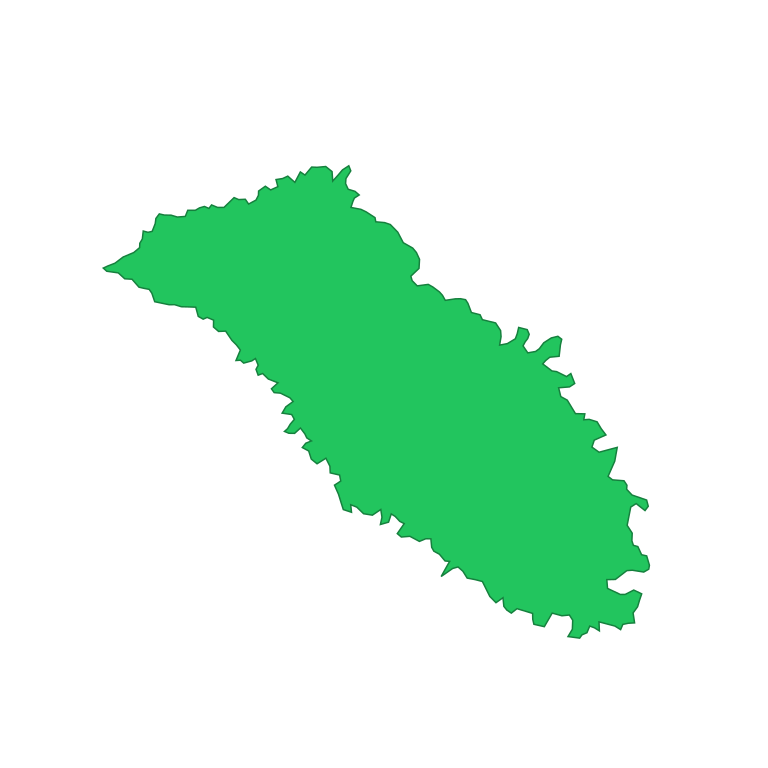 Quevedos, Rio Grande do Sul, Brazil (orthographic projection), rotated 283°
{"feature_id": "56859067B61600726657402", "entity_name": "Quevedos", "entity_type": "district", "adm_level": 2, "iso_a3": "BRA", "parent_name": "Brazil", "parent_adm1": "Rio Grande do Sul", "projection": "orthographic", "projection_center": [-54.066, -29.293], "detail": "fine", "context": "isolated", "style": "filled", "palette": "green", "viewbox_px": 768, "rotation_deg": 283, "n_neighbors": 0, "source": "geoboundaries", "source_scale": "gbopen_adm2", "svg_char_len": 3707}
<svg xmlns="http://www.w3.org/2000/svg" viewBox="0 0 768 768"><g transform="rotate(283 384 384)"><path d="M183.6,594.8L198.6,599.4L198.2,609.5L200.6,616.6L196.3,621.0L187.4,622.7L179.3,620.1L180.4,631.8L184.1,633.3L187.3,637.7L194.4,638.9L193.8,643.9L191.9,649.4L200.6,647.0L200.1,663.4L197.9,669.8L203.5,670.8L205.9,676.0L207.6,681.9L217.0,678.2L224.0,681.2L230.7,681.6L237.5,682.3L239.4,673.7L233.2,666.3L232.1,661.6L235.1,647.8L243.5,645.1L245.6,653.4L256.8,662.6L258.4,667.8L259.2,679.4L263.1,683.6L267.1,683.4L275.6,678.6L275.6,673.4L282.7,667.9L282.9,663.3L287.0,660.8L294.5,659.4L301.0,652.7L319.6,652.1L324.2,656.6L319.4,666.8L324.3,669.0L330.0,666.0L331.6,650.7L336.0,644.1L340.0,643.5L343.7,639.6L342.0,628.2L344.4,623.1L360.7,626.2L374.7,625.5L371.7,619.8L365.9,608.9L369.3,600.8L376.6,601.5L384.3,611.7L389.3,605.7L395.1,600.1L395.7,591.9L394.1,586.7L400.1,586.4L398.2,577.2L409.5,566.2L411.5,559.1L419.6,555.0L422.9,565.4L427.4,569.7L436.2,563.7L432.3,560.2L434.9,549.4L434.5,544.7L439.3,534.1L443.3,536.3L447.4,539.5L450.4,548.4L461.8,547.1L467.6,547.1L469.6,542.7L466.5,536.6L460.1,530.4L453.3,527.4L449.8,524.4L446.7,517.1L452.4,510.9L456.9,512.1L460.6,513.8L465.1,514.3L469.2,511.3L469.4,502.5L462.9,502.5L457.6,501.8L451.1,495.1L447.9,487.9L456.5,487.4L462.3,485.6L468.6,479.0L468.8,465.4L473.1,462.0L473.3,453.1L481.5,447.6L484.5,444.5L484.3,439.3L483.0,434.3L479.3,424.9L483.6,421.0L486.2,417.3L489.5,409.8L491.0,404.7L487.1,394.3L491.0,388.2L495.1,385.9L504.5,392.1L513.4,390.6L519.4,386.0L522.9,381.4L526.0,371.0L535.0,363.3L540.8,354.3L541.4,348.3L540.2,339.5L544.1,337.8L547.7,327.9L549.0,322.2L548.6,312.1L554.7,312.6L558.5,313.3L562.6,317.3L565.2,312.4L565.7,305.3L570.6,301.5L575.6,300.7L584.2,303.7L588.7,300.6L583.3,295.4L576.9,292.1L570.2,288.4L579.3,285.6L582.8,278.3L580.1,270.1L579.1,264.7L569.8,260.0L571.8,254.8L560.4,251.8L564.9,243.5L561.4,239.0L558.9,232.8L552.4,236.2L547.6,229.9L550.0,223.9L543.8,218.4L539.6,219.2L534.4,217.9L528.9,211.6L532.8,207.3L531.0,200.9L531.9,196.0L520.1,188.4L518.6,182.1L519.7,175.7L515.7,173.9L516.6,169.1L514.1,164.6L510.8,161.1L509.1,153.7L502.6,152.7L500.2,145.1L500.6,138.6L499.2,132.0L499.2,126.8L494.0,124.5L488.8,125.0L480.6,123.8L478.7,119.9L478.9,115.0L470.9,115.9L466.2,114.4L461.9,115.2L455.8,110.6L449.1,101.3L441.2,94.7L437.0,88.5L433.8,84.4L431.5,88.5L432.5,100.1L428.2,107.7L429.4,114.9L423.2,123.5L423.2,128.7L423.4,133.9L420.2,137.4L412.6,142.1L412.9,156.8L414.2,162.1L413.7,169.2L415.0,175.4L416.5,183.3L408.1,187.8L406.5,193.2L409.1,196.7L407.9,203.6L401.2,205.0L398.0,211.0L399.9,217.8L392.3,226.0L388.9,231.4L384.8,236.4L373.6,234.5L374.9,238.8L372.8,242.6L376.8,250.0L379.9,253.0L374.0,257.2L369.5,256.0L364.3,259.4L366.9,263.4L362.8,270.2L361.3,280.4L354.0,275.4L350.9,278.9L351.8,285.1L349.4,295.4L346.5,299.4L339.7,293.5L332.7,291.3L333.5,300.9L329.4,304.6L323.8,301.7L318.8,300.1L315.4,297.7L314.6,302.4L315.8,308.0L322.3,312.5L317.6,318.1L314.1,320.9L312.2,326.1L308.7,321.1L303.7,318.7L301.8,325.7L294.5,330.0L291.2,336.7L298.6,344.1L291.7,349.8L285.3,351.6L285.3,361.2L279.7,363.7L274.3,358.5L266.3,364.5L258.9,368.8L252.5,372.6L251.7,381.2L258.9,378.7L257.9,385.2L253.0,393.3L253.6,402.2L261.0,409.1L253.7,412.0L246.3,412.1L250.4,419.5L259.0,420.3L257.5,424.7L253.7,430.3L252.5,435.1L241.2,430.6L238.8,435.3L241.4,443.5L238.6,453.9L242.6,459.5L243.7,464.5L235.6,467.2L232.3,470.2L230.6,476.3L225.3,483.3L225.9,487.9L221.4,486.5L209.3,483.0L219.7,492.4L222.4,497.3L219.3,503.0L213.6,508.7L213.9,516.9L213.7,524.3L200.8,534.9L196.1,542.3L202.5,548.0L194.3,550.8L191.3,554.6L189.4,559.6L195.0,564.1L193.9,580.4L188.1,581.9L183.6,584.1L183.6,594.8Z" fill="#22c55e" stroke="#15803d" stroke-width="1.5"/></g></svg>